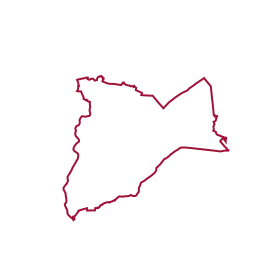 Darmanesti, Suceava, Romania (orthographic projection), rotated 63°
{"feature_id": "2599482B2984859912538", "entity_name": "Darmanesti", "entity_type": "district", "adm_level": 2, "iso_a3": "ROU", "parent_name": "Romania", "parent_adm1": "Suceava", "projection": "orthographic", "projection_center": [26.129, 47.745], "detail": "fine", "context": "isolated", "style": "outline", "palette": "rose", "viewbox_px": 256, "rotation_deg": 63, "n_neighbors": 0, "source": "geoboundaries", "source_scale": "gbopen_adm2", "svg_char_len": 5671}
<svg xmlns="http://www.w3.org/2000/svg" viewBox="0 0 256 256"><g transform="rotate(63 128 128)"><path d="M185.2,218.4L184.8,217.6L185.1,217.2L184.9,217.0L184.6,216.9L183.9,216.8L183.7,216.9L183.7,217.3L183.5,217.6L183.0,217.7L182.6,217.8L182.2,217.5L182.0,217.1L182.3,216.7L182.5,216.1L182.4,215.5L182.3,215.1L182.2,214.9L181.8,214.1L181.0,212.5L180.6,211.6L180.2,210.9L179.9,210.5L179.8,210.4L179.9,210.1L179.7,210.0L179.4,209.8L179.2,209.6L179.7,206.6L180.6,202.3L180.9,200.9L183.0,201.9L186.4,194.8L184.5,193.5L185.6,191.3L185.2,191.1L185.3,191.0L185.6,190.3L185.6,190.0L185.6,189.7L185.3,189.1L185.2,188.7L185.1,188.4L184.5,188.1L184.4,188.0L184.4,187.8L184.5,186.9L184.4,186.1L184.4,185.9L184.7,185.6L184.6,185.2L184.2,184.6L184.2,184.3L184.2,184.1L184.3,183.5L184.2,182.9L184.3,182.7L184.4,182.2L184.5,181.8L184.5,181.3L184.6,180.5L184.7,180.2L184.8,180.1L185.0,179.8L185.2,179.1L185.4,179.0L185.5,178.7L185.8,178.5L185.8,178.4L186.0,178.1L185.9,178.0L186.0,177.9L185.9,177.4L185.8,177.1L186.0,176.8L186.2,175.5L186.2,175.2L186.1,174.9L186.2,174.6L186.3,174.2L186.3,173.8L186.2,173.6L186.4,173.0L186.4,172.9L186.2,172.8L186.4,172.3L186.5,172.2L186.3,172.0L186.0,171.9L186.1,171.4L186.0,171.0L185.9,170.7L185.8,170.3L185.7,170.1L185.5,169.6L185.3,169.3L185.3,168.3L185.3,168.2L185.0,167.6L185.0,167.3L185.0,166.8L185.1,166.5L186.1,165.1L186.8,163.8L187.3,162.1L188.4,159.8L188.8,158.4L189.1,157.7L189.0,156.5L189.0,155.8L190.7,154.6L191.3,153.7L191.7,152.8L191.9,151.7L191.6,150.7L191.2,150.2L190.8,149.7L190.5,148.9L189.8,147.4L187.3,146.0L185.7,144.8L185.1,143.6L184.6,143.0L183.6,142.4L182.6,141.1L182.5,138.1L181.6,133.0L181.1,128.8L180.4,126.6L180.3,125.2L179.5,123.5L178.2,121.8L176.8,121.1L176.4,120.8L176.2,120.1L176.0,118.8L175.6,118.2L175.4,116.8L174.2,114.2L173.7,113.1L172.1,109.6L172.1,109.4L172.3,108.7L172.4,108.0L172.0,106.0L171.8,104.7L171.5,103.3L171.1,102.6L170.9,101.9L170.5,98.9L170.3,98.3L170.2,97.7L170.0,96.8L170.0,95.6L169.9,94.0L169.8,93.2L169.4,90.0L169.5,89.7L169.7,89.2L170.5,87.6L171.7,85.3L173.4,82.6L184.4,65.9L191.0,56.0L191.8,52.8L192.2,51.7L192.5,51.2L193.3,49.7L194.1,48.1L193.3,48.7L192.9,48.9L191.8,49.3L189.6,49.8L188.1,50.4L186.0,50.8L183.9,51.4L181.6,51.8L180.0,47.8L184.4,47.1L184.2,47.0L183.6,46.8L182.7,46.0L182.4,45.7L181.9,45.3L181.2,45.0L181.0,45.3L181.2,45.5L181.2,45.8L180.9,46.2L180.7,46.4L180.4,46.6L179.6,46.8L179.3,47.0L179.0,47.6L178.4,48.0L177.8,48.7L177.0,49.1L176.9,49.2L176.9,49.4L176.9,49.5L176.5,49.6L176.2,49.8L175.8,50.4L175.2,50.9L174.9,51.3L174.5,51.5L173.5,51.9L173.1,51.9L172.3,51.6L171.8,51.4L171.0,51.8L169.1,53.2L168.8,52.8L168.4,52.3L168.0,52.1L166.4,51.6L165.7,51.3L165.6,51.2L165.4,51.1L165.3,50.8L164.8,50.4L164.5,50.1L164.5,49.9L164.2,49.5L164.0,49.3L163.8,49.1L161.4,49.0L161.4,47.4L161.3,47.0L160.8,46.0L158.5,44.1L158.1,43.2L157.7,43.2L157.3,45.4L155.8,45.0L155.5,45.7L144.2,41.3L140.4,39.9L133.4,37.2L129.6,35.7L128.4,35.3L119.8,37.2L119.8,37.3L118.1,37.6L118.4,40.1L118.6,41.3L118.9,44.2L119.0,45.1L119.2,46.3L119.3,47.4L119.6,48.7L119.9,50.4L120.2,53.1L120.6,55.6L120.8,56.3L121.5,57.8L121.4,61.4L121.3,63.7L121.8,68.7L122.2,71.9L122.8,74.8L123.2,76.5L123.6,79.4L123.9,80.5L124.6,82.1L125.0,83.3L126.5,87.5L125.6,87.7L120.4,89.1L115.5,90.2L110.4,91.4L109.3,93.5L108.3,95.0L107.9,95.9L106.7,98.0L105.3,100.3L104.7,101.2L103.1,99.6L100.2,101.9L97.8,103.8L95.9,102.5L95.2,102.8L94.2,103.4L93.6,103.4L93.3,103.3L93.2,103.3L93.1,103.6L93.3,104.0L93.8,104.5L93.0,104.9L92.5,105.4L92.1,105.9L92.1,106.5L92.0,106.8L91.8,107.0L91.2,107.2L90.7,107.5L90.4,108.2L90.1,108.7L89.3,109.3L88.6,110.1L87.6,110.9L87.3,111.0L87.0,111.4L86.8,111.5L86.7,111.4L86.3,110.9L85.7,111.1L85.3,111.6L85.2,111.8L85.3,111.9L86.0,113.5L86.6,114.5L86.2,115.2L84.1,118.1L84.0,118.4L83.5,118.9L82.2,120.9L80.5,124.0L80.2,124.5L78.8,126.1L77.8,127.1L74.9,129.6L73.3,128.3L73.6,127.9L72.6,127.1L72.2,127.5L71.3,128.0L70.8,127.6L70.0,128.1L69.7,128.2L69.8,128.5L69.3,128.7L69.2,128.9L69.3,129.9L69.3,130.5L69.0,131.0L69.0,131.5L69.2,132.0L70.2,133.3L71.2,133.9L70.9,134.8L70.8,135.7L70.8,136.0L70.7,136.1L70.4,136.2L68.6,136.6L68.2,136.9L67.8,137.6L67.8,137.9L67.5,138.2L67.4,138.4L67.3,138.7L67.3,138.9L67.4,139.3L67.5,139.5L67.6,140.0L67.3,140.8L67.0,140.9L66.8,141.1L66.2,141.8L64.8,140.9L64.6,141.2L64.8,141.5L64.7,141.8L64.3,142.3L64.2,142.5L64.0,142.9L63.9,143.6L63.7,144.9L62.9,147.1L62.8,147.9L62.7,148.6L62.4,149.3L61.9,151.4L62.4,151.6L63.4,151.7L64.9,151.7L66.4,152.3L68.2,152.6L68.0,153.3L68.4,153.4L69.0,153.7L70.1,154.5L71.0,155.2L71.7,156.0L72.0,156.6L72.9,155.4L73.2,155.0L74.1,153.2L75.6,153.4L81.0,153.7L81.4,153.9L81.9,154.4L84.4,152.7L84.0,152.2L84.9,151.6L85.3,151.9L86.5,151.2L87.6,150.1L88.4,150.7L90.2,151.5L92.0,152.0L93.5,153.3L94.4,154.0L95.6,154.5L97.5,154.9L98.2,155.2L99.0,155.6L99.4,156.2L99.6,157.2L98.9,159.4L98.8,160.6L97.2,162.7L96.7,163.6L97.1,165.0L98.2,166.7L99.2,167.7L101.4,168.5L102.3,169.4L103.2,170.8L103.0,171.8L102.8,172.8L104.0,174.7L105.0,175.3L106.7,175.6L107.8,176.5L109.2,177.7L111.2,178.2L112.5,177.9L115.2,177.1L116.3,177.2L117.4,177.5L117.9,178.0L118.3,180.0L118.5,181.3L120.0,184.1L120.9,185.3L122.0,186.2L122.9,186.5L124.2,186.2L127.9,184.3L129.0,184.3L129.6,184.7L131.2,185.6L132.6,186.7L133.6,188.3L137.7,194.6L138.3,195.5L139.9,197.4L140.9,198.8L142.9,202.2L144.1,204.0L145.3,204.7L147.1,205.1L148.2,205.9L149.5,207.4L151.5,211.8L152.2,212.7L153.4,213.3L155.5,213.3L157.6,213.2L159.4,214.0L163.8,215.4L165.6,216.3L166.4,217.3L167.2,218.9L169.6,219.4L170.9,219.4L171.7,219.4L173.3,219.4L174.0,219.6L175.1,220.0L175.8,220.4L176.8,220.7L177.7,220.7L179.2,220.4L182.0,219.3L182.8,218.9L184.0,218.6L185.2,218.4Z" fill="none" stroke="#9f1239" stroke-width="2"/></g></svg>